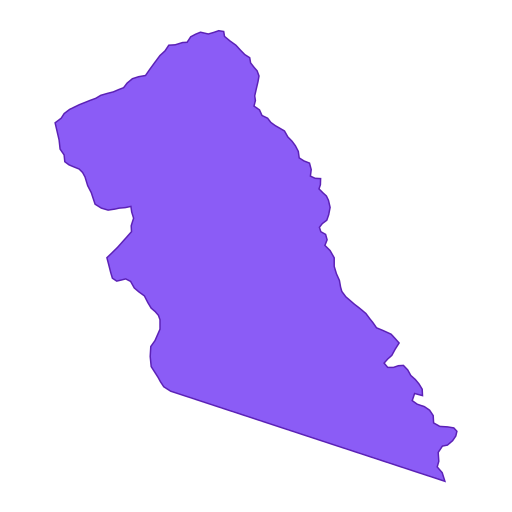 Arenápolis, Mato Grosso, Brazil
{"feature_id": "56859067B2572711166571", "entity_name": "Arenápolis", "entity_type": "district", "adm_level": 2, "iso_a3": "BRA", "parent_name": "Brazil", "parent_adm1": "Mato Grosso", "projection": "mercator", "projection_center": [-56.855, -14.504], "detail": "fine", "context": "isolated", "style": "filled", "palette": "violet", "viewbox_px": 512, "rotation_deg": 0, "n_neighbors": 0, "source": "geoboundaries", "source_scale": "gbopen_adm2", "svg_char_len": 2269}
<svg xmlns="http://www.w3.org/2000/svg" viewBox="0 0 512 512"><path d="M444.9,481.3L442.2,472.7L437.2,466.9L438.8,461.3L438.2,452.4L442.4,446.1L447.4,445.1L452.6,440.7L455.8,436.0L456.9,431.3L453.8,427.9L447.7,426.9L439.8,426.4L433.6,422.9L433.2,415.6L429.6,410.2L424.5,406.7L417.2,404.2L412.2,400.6L414.6,393.5L422.5,395.6L422.2,389.2L418.9,383.8L415.4,379.6L410.8,375.5L407.7,369.9L403.4,365.4L398.4,365.7L393.5,367.4L387.7,367.4L384.1,363.1L387.7,359.0L391.8,355.4L395.1,349.3L399.1,343.0L395.2,338.6L391.1,334.2L383.0,330.5L376.5,327.8L372.9,322.6L369.9,318.9L365.9,313.5L359.2,307.9L354.6,304.4L350.1,300.5L345.8,296.8L341.8,291.4L340.6,287.2L339.4,280.4L336.4,273.7L334.2,266.4L334.2,257.8L330.1,250.6L324.9,245.4L327.1,239.8L325.6,234.4L320.8,231.7L319.4,227.3L322.3,223.6L326.8,220.2L328.7,214.7L330.1,207.4L328.5,200.4L326.4,196.0L323.0,192.9L319.0,188.9L320.4,184.7L320.6,178.6L315.1,178.3L310.4,176.1L311.2,169.6L309.5,163.1L303.9,160.9L299.2,157.9L298.3,151.4L295.4,145.8L292.1,141.3L287.8,136.9L284.5,131.0L279.6,128.1L275.2,125.6L270.8,122.4L267.6,118.2L262.0,115.5L259.5,109.9L254.0,106.1L255.4,100.5L254.7,95.9L256.1,89.7L258.0,81.6L259.0,76.0L257.1,70.8L254.1,67.4L250.6,62.9L249.7,57.7L244.8,54.6L240.2,49.9L235.9,45.2L229.9,40.9L224.5,36.4L223.7,31.5L218.7,30.7L213.8,32.4L208.3,34.0L200.5,32.2L195.6,34.2L190.7,36.8L187.1,42.3L182.7,42.5L175.2,44.8L168.8,45.2L165.0,50.9L160.0,55.5L155.0,62.2L149.8,69.3L145.5,75.5L138.6,76.7L132.4,78.7L127.1,83.1L123.6,87.7L118.9,89.5L113.3,91.9L107.4,93.4L100.8,95.3L95.8,98.3L89.8,100.5L85.1,102.4L79.3,104.7L69.6,109.4L64.2,113.5L61.2,118.2L55.1,122.8L59.1,140.0L60.1,149.1L64.1,154.9L64.8,161.7L68.9,164.8L73.6,166.8L79.1,169.0L82.6,172.5L85.0,176.9L87.7,185.7L91.3,192.7L92.9,197.6L95.1,204.2L101.3,208.1L108.1,210.1L114.8,209.1L119.3,208.1L125.3,207.6L130.9,206.4L131.7,212.0L133.6,218.2L131.2,225.8L131.5,231.7L117.7,247.2L111.0,253.8L106.9,257.7L108.6,264.2L110.7,272.5L112.4,278.2L116.7,281.1L121.0,280.1L125.7,278.9L130.6,281.4L134.3,288.0L138.9,291.9L144.4,295.9L147.9,302.7L151.2,308.2L155.2,311.6L158.4,315.3L160.0,319.7L160.0,329.2L155.0,340.6L150.8,346.5L150.2,356.5L151.2,366.6L158.1,377.4L160.5,381.8L163.8,386.8L170.7,391.2L444.9,481.3Z" fill="#8b5cf6" stroke="#5b21b6" stroke-width="1.5"/></svg>